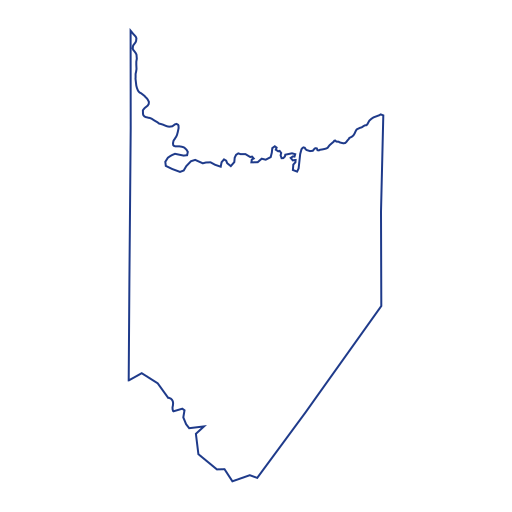 the district of Armstrong, Pennsylvania, United States of America
{"feature_id": "52423323B60560840330352", "entity_name": "Armstrong", "entity_type": "district", "adm_level": 2, "iso_a3": "USA", "parent_name": "United States of America", "parent_adm1": "Pennsylvania", "projection": "orthographic", "projection_center": [-79.507, 40.848], "detail": "fine", "context": "isolated", "style": "outline", "palette": "blue", "viewbox_px": 512, "rotation_deg": 0, "n_neighbors": 0, "source": "geoboundaries", "source_scale": "gbopen_adm2", "svg_char_len": 3301}
<svg xmlns="http://www.w3.org/2000/svg" viewBox="0 0 512 512"><path d="M128.7,380.4L128.8,380.4L141.7,373.2L157.7,383.3L168.2,397.9L168.9,397.8L170.9,398.7L172.0,399.8L172.8,401.3L173.1,403.1L172.9,405.5L172.5,407.5L172.6,409.4L173.1,411.0L173.5,411.3L182.3,408.7L184.5,410.3L183.3,417.4L186.1,424.2L189.2,428.2L204.0,426.4L195.9,433.8L198.4,454.2L216.9,469.4L224.5,469.2L232.4,481.3L249.8,475.2L257.2,477.9L305.8,412.0L316.8,396.5L381.3,306.0L381.0,211.6L383.3,115.4L380.7,114.4L379.4,115.2L373.5,117.4L371.4,118.8L369.4,120.6L368.9,121.4L368.1,122.9L367.8,123.4L367.6,123.9L366.5,125.2L365.1,125.3L363.5,126.1L362.3,127.0L361.5,127.4L359.8,127.9L358.4,128.6L357.2,129.1L356.4,129.8L356.2,130.3L355.8,130.9L355.4,131.7L354.6,133.5L353.4,135.4L352.0,136.6L351.1,137.1L349.3,138.0L348.8,139.0L347.5,140.4L346.4,141.9L345.2,143.0L343.5,143.3L341.6,142.9L339.7,142.4L338.6,141.7L336.4,141.6L335.1,140.5L334.2,140.8L333.8,141.6L331.4,143.6L329.6,145.2L328.4,146.7L328.1,147.2L327.5,147.9L326.2,148.5L324.8,148.9L322.5,149.4L319.9,149.8L318.9,150.4L317.5,150.2L317.1,149.1L316.8,148.4L315.6,148.2L314.8,148.5L314.0,149.3L312.8,150.8L310.0,151.1L306.5,150.0L305.3,148.8L304.8,147.8L303.5,147.4L302.6,147.9L301.5,149.2L300.2,154.0L299.1,164.0L298.6,168.5L297.1,171.6L292.9,170.0L293.3,164.6L295.4,162.3L295.6,160.0L294.4,160.1L292.8,160.4L290.7,157.9L292.9,156.4L294.5,156.6L295.2,154.2L292.0,153.3L287.7,154.2L285.3,154.7L284.9,156.5L283.3,158.1L281.6,158.2L280.6,155.3L281.2,153.0L279.6,150.9L278.2,151.3L275.8,149.7L276.6,147.6L274.8,146.3L272.3,148.1L271.8,152.7L270.7,157.1L265.7,159.7L261.7,158.7L257.7,162.2L254.0,162.3L251.4,162.3L251.8,159.5L253.7,158.5L252.1,156.6L250.2,157.0L245.4,154.1L240.4,154.1L238.3,153.4L236.1,154.8L234.7,157.7L234.3,162.1L230.8,166.1L227.2,163.2L226.2,160.7L224.0,159.4L221.6,162.2L220.7,166.7L215.1,164.8L210.5,162.3L205.9,162.5L202.8,163.3L195.2,159.9L191.0,161.2L186.3,166.1L183.7,170.5L180.0,171.9L172.2,169.0L165.8,165.9L165.3,161.8L167.9,157.7L170.4,156.0L172.2,155.0L175.0,153.8L183.6,155.6L187.1,155.2L187.8,151.9L186.5,149.7L184.4,147.7L183.4,147.2L181.6,146.7L179.1,146.3L175.2,146.3L173.8,145.8L173.2,145.1L173.0,143.2L173.5,140.8L174.2,139.6L174.8,138.9L175.4,137.8L176.2,136.7L176.4,136.2L176.6,135.8L177.0,134.9L177.8,131.9L178.0,130.9L178.2,130.0L178.6,128.1L178.5,125.6L178.1,124.8L176.5,123.9L174.9,124.4L173.7,125.3L172.3,126.3L169.3,126.7L167.4,126.4L165.4,125.7L165.0,125.5L164.0,125.1L163.4,124.8L161.9,124.3L160.5,123.9L159.1,123.6L157.5,122.3L156.1,121.5L154.2,120.4L151.8,118.8L150.9,118.4L149.6,117.9L148.5,117.8L147.2,117.4L146.1,117.2L145.1,116.8L144.4,116.4L143.4,115.3L143.0,114.0L142.9,110.4L143.2,109.8L144.7,108.0L147.7,105.6L148.7,104.0L148.9,101.9L148.4,100.9L148.1,100.3L147.7,99.6L147.4,99.1L146.7,98.2L145.5,97.1L144.6,96.0L142.2,94.1L140.7,93.0L139.7,92.6L138.7,91.6L138.0,90.6L137.6,89.7L136.9,87.9L136.3,85.6L136.0,83.1L135.5,78.7L135.6,77.4L135.6,76.0L135.6,73.9L136.1,71.6L136.5,69.0L136.3,64.7L136.3,61.7L136.8,58.7L136.5,54.8L136.1,53.8L135.6,52.9L135.0,52.1L134.5,51.4L133.3,50.0L132.7,48.5L133.0,46.0L133.3,45.3L134.2,44.1L135.5,42.4L135.8,41.7L136.1,40.9L136.4,38.3L135.8,36.8L134.9,35.7L133.1,33.8L131.2,31.4L130.6,30.7L130.7,128.5L129.9,223.3L129.4,280.1L128.7,380.4Z" fill="none" stroke="#1e3a8a" stroke-width="2"/></svg>